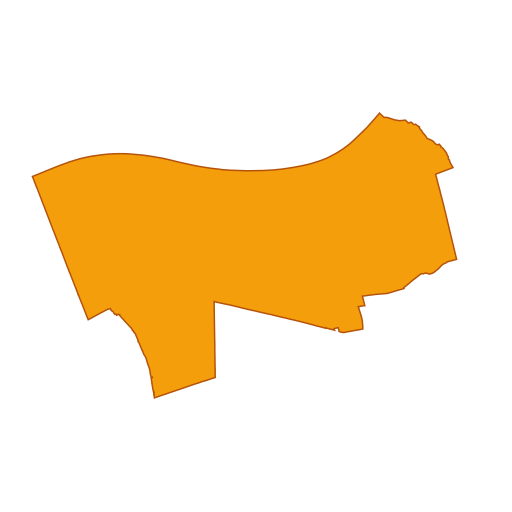 Waalwijk, Noord-Brabant, Netherlands (Mercator projection), rotated 351°
{"feature_id": "6326949B71985362418068", "entity_name": "Waalwijk", "entity_type": "district", "adm_level": 2, "iso_a3": "NLD", "parent_name": "Netherlands", "parent_adm1": "Noord-Brabant", "projection": "mercator", "projection_center": [5.025, 51.687], "detail": "fine", "context": "isolated", "style": "filled", "palette": "amber", "viewbox_px": 512, "rotation_deg": 351, "n_neighbors": 0, "source": "geoboundaries", "source_scale": "gbopen_adm2", "svg_char_len": 5949}
<svg xmlns="http://www.w3.org/2000/svg" viewBox="0 0 512 512"><g transform="rotate(351 256 256)"><path d="M196.8,369.6L196.8,369.0L197.2,366.2L197.4,364.7L197.8,362.4L198.5,357.1L198.9,354.1L199.6,349.7L200.1,345.9L200.5,342.9L200.5,342.7L200.7,342.0L201.1,339.1L201.6,336.0L202.1,332.1L202.6,328.7L205.0,311.7L207.5,294.4L210.8,295.8L216.7,298.1L222.0,300.1L226.2,301.8L229.9,303.3L235.1,305.6L236.4,306.1L238.6,307.0L242.0,308.4L244.3,309.3L246.2,310.0L247.9,310.7L250.0,311.6L250.7,311.9L251.1,312.0L253.7,313.1L254.5,313.4L257.7,314.7L263.3,316.8L263.6,317.0L264.1,317.2L264.1,317.3L265.2,317.7L265.4,317.8L271.9,320.5L276.2,322.2L278.1,323.0L279.4,323.6L281.8,324.5L290.7,328.2L291.5,328.6L293.4,329.4L295.5,330.3L298.0,331.4L305.5,334.8L310.0,336.7L312.9,338.0L313.5,338.3L313.6,337.9L313.7,338.0L315.3,338.6L316.2,339.1L321.8,341.5L321.7,341.3L321.8,341.2L321.7,340.0L323.7,339.8L326.0,339.6L326.3,343.6L328.3,344.6L329.1,344.8L329.6,345.0L330.0,345.2L330.5,345.3L332.0,345.3L332.4,345.3L333.1,345.2L334.1,345.2L335.5,345.2L338.3,345.1L338.9,345.1L340.2,345.1L340.4,345.1L341.2,345.0L345.2,345.0L348.6,344.9L350.0,344.9L350.1,344.4L350.3,343.4L350.4,342.4L350.6,340.2L350.7,338.6L350.8,337.0L350.8,335.4L350.7,333.8L350.6,332.2L350.4,330.9L350.1,328.8L349.8,326.9L349.5,325.1L349.2,323.4L349.4,323.4L349.3,322.8L349.1,322.0L354.6,322.0L355.7,322.1L355.2,316.6L354.8,312.6L354.8,312.3L363.9,312.5L369.1,312.7L371.6,312.9L375.1,313.2L375.8,313.2L379.4,313.5L381.8,313.3L382.5,313.2L384.7,312.9L388.1,312.4L391.2,312.0L392.6,311.8L393.2,311.8L397.1,311.3L396.9,310.4L399.3,309.1L402.2,307.4L405.7,305.2L407.7,304.1L410.5,302.6L412.9,301.2L415.7,299.7L416.5,299.4L416.9,299.3L417.6,299.6L418.3,299.8L420.1,299.4L421.0,299.4L422.2,299.9L423.4,300.5L424.0,300.8L424.4,301.0L424.7,301.0L427.1,300.7L428.9,300.2L429.7,299.7L432.0,298.4L432.6,298.1L433.8,297.4L435.7,296.0L436.3,295.5L436.7,295.2L437.5,294.5L439.5,293.4L440.3,293.1L441.0,292.9L442.3,292.5L443.0,292.4L443.4,292.1L443.7,291.7L447.8,291.3L453.6,290.7L452.0,270.1L451.2,260.3L449.9,242.9L449.5,238.5L449.3,235.4L448.6,228.5L448.2,224.3L447.8,219.4L447.1,213.2L446.6,207.2L446.2,203.3L464.4,199.5L464.1,198.6L463.9,198.1L463.7,197.6L463.4,196.8L462.7,195.2L462.6,194.6L462.4,193.9L462.2,193.4L462.1,193.0L462.1,191.8L462.1,191.6L462.0,191.4L461.5,190.8L461.3,190.4L461.2,190.2L461.2,189.8L461.2,189.5L461.4,189.0L461.5,188.3L461.4,188.0L461.2,187.5L461.0,187.1L460.3,184.8L460.3,184.3L460.2,184.0L459.8,183.2L459.3,182.1L459.0,181.6L458.4,180.5L457.3,178.7L456.7,178.0L456.4,177.6L455.9,177.4L455.7,177.2L455.6,176.7L455.7,176.0L455.5,175.8L454.8,174.9L454.5,174.3L454.4,174.2L453.9,174.5L453.6,174.6L453.1,174.6L452.9,174.5L451.7,174.0L451.3,173.8L450.7,173.2L450.5,172.9L449.4,171.0L449.1,170.7L448.7,170.4L448.5,170.0L448.3,169.9L448.1,169.7L445.5,167.8L445.1,167.6L444.6,167.4L444.3,167.3L444.0,167.0L443.7,166.8L443.3,166.3L443.1,166.0L442.1,163.5L441.5,162.6L440.8,161.5L440.1,160.5L439.6,159.2L439.3,158.5L438.9,157.6L438.5,157.1L437.9,156.2L437.2,154.7L437.7,154.2L437.0,153.6L436.2,152.8L435.5,152.3L434.9,151.6L434.3,150.8L433.9,150.8L433.6,150.9L432.6,150.9L432.1,150.6L431.3,149.4L430.5,148.4L429.9,148.1L429.3,148.0L427.8,148.5L427.5,148.5L427.1,148.3L426.8,148.0L426.5,147.4L426.2,147.0L424.9,145.2L419.0,144.8L414.4,143.3L407.7,139.9L405.3,139.2L404.2,139.2L402.3,136.8L400.3,134.2L400.0,134.6L398.4,135.8L396.6,137.4L393.4,140.1L391.4,141.7L388.6,144.0L385.9,146.3L381.5,149.4L378.6,151.4L377.2,152.4L370.5,157.1L365.6,160.2L363.2,161.5L358.8,163.8L353.6,166.1L352.2,166.7L348.9,167.9L343.6,169.7L341.0,170.5L339.7,170.8L338.3,171.1L337.0,171.4L332.2,172.3L329.7,172.6L326.1,173.2L324.3,173.4L321.1,173.7L314.2,174.1L307.1,174.3L301.6,174.3L294.9,174.2L288.0,173.8L286.2,173.7L283.3,173.4L281.1,173.2L276.5,172.7L270.0,171.8L263.7,170.9L259.2,170.2L256.2,169.6L247.3,167.9L244.2,167.3L240.9,166.5L237.2,165.7L231.8,164.1L225.2,162.3L217.7,159.9L211.5,157.8L205.2,155.4L195.5,151.6L185.9,147.6L180.0,145.2L177.7,144.4L170.2,141.8L162.5,139.4L158.3,138.2L156.2,137.7L149.1,135.9L144.3,134.8L140.0,134.0L134.8,133.2L131.1,132.8L130.7,132.7L130.3,132.7L125.7,132.2L119.8,131.9L115.5,131.8L112.3,131.8L110.6,131.7L107.0,131.8L102.0,132.0L96.4,132.5L93.6,132.9L91.0,133.2L86.3,133.9L83.9,134.4L78.7,135.4L74.8,136.2L62.5,139.0L58.0,140.1L55.0,140.8L52.4,141.4L47.6,142.5L48.7,147.3L48.7,147.5L49.9,152.9L50.4,154.9L54.3,173.3L54.7,174.9L55.1,176.9L55.3,177.9L59.7,198.5L60.6,202.4L60.6,202.5L60.7,202.9L61.2,205.3L61.8,208.1L62.5,211.3L63.1,213.9L63.6,216.5L64.7,221.3L69.3,243.4L69.7,244.5L70.1,246.6L70.8,249.7L71.9,254.7L72.2,256.3L72.9,259.1L73.4,261.6L74.2,265.4L74.1,265.7L74.2,266.5L74.5,266.6L75.4,270.8L76.5,275.6L77.0,277.6L78.1,282.8L79.2,287.9L79.4,288.7L80.3,292.7L81.4,292.3L82.3,292.0L84.0,291.4L90.4,289.1L99.4,286.0L101.4,285.4L102.7,285.2L104.1,285.2L104.4,287.2L106.1,288.5L106.8,290.4L107.5,291.6L108.5,291.3L109.0,292.7L111.2,292.0L111.7,292.9L112.0,292.8L111.9,293.1L112.6,294.2L112.6,294.3L122.2,308.8L122.1,309.4L122.5,310.5L123.2,310.7L123.3,311.5L123.5,312.1L123.6,312.6L124.6,313.5L124.8,314.7L125.0,315.5L126.4,321.3L126.0,321.9L126.8,323.3L127.7,326.8L128.4,329.9L128.7,331.5L128.9,331.9L129.1,331.9L129.1,332.1L129.8,335.4L130.0,336.0L130.9,338.1L131.2,338.7L131.3,339.3L131.5,340.6L132.1,345.3L132.4,346.7L132.4,346.9L132.7,348.1L132.8,348.6L133.1,351.1L133.3,352.1L133.3,352.4L133.2,353.0L133.2,356.2L133.2,356.4L133.3,357.7L133.4,359.3L134.5,359.2L134.6,360.0L133.4,360.1L133.3,360.8L133.4,363.4L133.3,365.1L133.3,369.4L133.3,370.8L133.3,371.5L133.5,374.2L133.9,374.1L133.9,374.5L134.0,375.0L133.6,375.1L133.7,375.8L133.8,376.6L133.4,376.6L133.4,377.1L133.5,377.1L133.4,377.4L133.5,378.1L133.5,379.1L133.5,380.3L135.2,379.9L142.3,378.7L144.7,378.3L149.3,377.5L152.7,376.9L154.0,376.7L166.4,374.5L173.8,373.2L177.5,372.6L178.7,372.5L185.7,371.2L186.0,371.4L190.3,370.6L196.8,369.6Z" fill="#f59e0b" stroke="#b45309" stroke-width="1.5"/></g></svg>